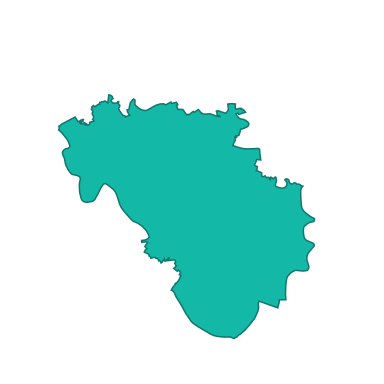 outline of Dong Hung, Thái Bình, Vietnam, rotated 43°
{"feature_id": "81297802B28789600266311", "entity_name": "Dong Hung", "entity_type": "district", "adm_level": 2, "iso_a3": "VNM", "parent_name": "Vietnam", "parent_adm1": "Thái Bình", "projection": "orthographic", "projection_center": [106.332, 20.548], "detail": "fine", "context": "isolated", "style": "filled", "palette": "teal", "viewbox_px": 384, "rotation_deg": 43, "n_neighbors": 0, "source": "geoboundaries", "source_scale": "gbopen_adm2", "svg_char_len": 6012}
<svg xmlns="http://www.w3.org/2000/svg" viewBox="0 0 384 384"><g transform="rotate(43 192 192)"><path d="M327.8,166.5L322.6,163.5L321.9,162.9L320.7,161.7L319.3,159.4L318.8,157.4L318.5,155.5L318.2,148.8L317.9,147.8L317.5,147.4L316.6,146.9L315.7,146.8L309.6,149.0L308.4,149.3L306.1,149.2L304.6,148.4L301.5,146.0L299.6,144.1L298.0,142.0L297.8,141.4L297.6,140.2L298.1,135.9L299.2,133.4L301.2,130.6L300.6,128.9L300.1,128.2L299.3,128.0L296.9,128.8L294.8,129.2L289.7,129.8L286.2,129.7L283.9,129.1L282.4,128.2L280.1,126.3L274.2,120.7L270.6,116.9L269.8,115.6L269.2,114.1L269.1,112.1L266.9,113.1L266.1,112.8L264.1,113.8L263.3,114.9L261.7,114.7L260.3,115.7L260.1,117.4L259.7,117.9L258.4,118.7L257.0,118.6L254.5,117.2L253.1,117.3L252.0,118.1L251.5,118.9L251.6,119.7L252.0,119.9L253.6,120.0L254.8,120.3L255.8,121.1L256.4,121.9L256.9,123.2L256.9,124.9L256.4,126.4L255.6,127.5L253.6,128.9L249.9,130.7L249.2,130.7L248.3,130.1L247.3,128.7L246.4,126.5L245.2,125.4L243.7,124.3L242.8,124.1L242.6,124.3L242.4,127.0L240.1,127.1L239.3,127.6L239.5,128.0L240.8,129.5L240.3,129.9L239.4,129.1L238.5,129.0L237.6,129.3L236.5,130.8L235.9,130.8L234.5,130.3L233.4,132.6L232.1,132.7L229.9,130.5L227.3,131.2L224.5,132.5L224.0,130.9L223.2,130.1L222.4,128.8L220.6,129.7L219.2,129.7L218.5,126.9L217.1,124.2L220.4,121.7L213.4,115.8L212.3,114.6L211.0,114.9L210.5,115.2L203.7,122.2L199.8,125.4L194.6,128.2L190.1,130.1L189.0,127.1L188.5,124.9L187.5,123.8L186.3,123.2L186.0,122.6L187.3,122.0L187.3,121.4L187.1,121.1L186.6,121.0L186.0,121.3L185.8,120.9L186.9,119.8L187.5,118.9L187.6,118.3L186.8,117.0L186.8,116.4L184.7,112.9L186.0,111.2L187.8,107.2L188.0,105.1L187.7,104.2L187.3,103.6L186.1,102.9L184.2,102.8L182.1,103.1L180.4,103.7L177.7,105.3L176.5,105.8L175.6,105.9L172.5,105.5L170.8,104.9L171.7,103.1L173.3,103.4L176.8,97.2L175.3,97.0L174.5,96.7L174.1,97.2L173.0,96.9L172.5,97.5L171.3,97.0L170.5,98.1L170.0,98.0L168.1,101.1L167.0,101.6L166.7,101.5L163.7,98.0L160.4,100.7L158.2,103.3L162.3,106.7L162.8,108.0L163.0,111.4L155.2,115.0L154.7,116.2L154.9,116.6L156.0,116.9L156.9,117.6L158.0,118.9L158.3,118.8L160.2,117.5L161.0,117.9L157.7,120.1L154.5,121.3L151.7,122.6L148.2,126.4L146.9,127.3L145.6,127.7L144.6,127.8L140.3,127.4L139.4,132.1L138.0,132.1L137.4,135.2L137.2,137.6L136.0,137.9L135.6,139.2L129.0,137.9L125.2,141.2L121.6,139.3L122.2,138.2L122.0,137.8L119.4,137.1L116.9,140.9L116.6,141.0L115.3,140.5L113.2,146.5L111.9,146.5L110.9,147.0L108.7,149.3L106.5,153.0L103.4,162.6L102.5,164.0L101.1,165.2L99.1,166.2L97.6,166.6L95.2,167.1L92.4,167.2L90.9,167.0L90.2,166.6L87.6,163.6L85.9,163.8L85.7,165.0L86.0,168.7L88.0,172.3L89.4,174.3L89.4,175.3L88.5,176.0L89.0,176.7L90.3,177.4L92.9,178.2L94.0,178.3L92.1,182.6L90.7,182.0L89.4,183.0L88.6,183.0L84.6,182.1L83.3,182.0L82.7,181.4L81.7,181.4L81.2,180.9L80.9,179.0L80.3,178.1L80.0,177.8L78.4,177.8L77.6,177.1L76.7,175.9L76.2,176.5L76.2,177.1L76.7,177.9L73.8,180.7L73.2,180.9L70.9,180.7L70.6,180.5L70.2,179.9L69.9,179.1L70.6,177.5L69.3,177.2L68.6,176.5L67.4,176.6L65.6,177.2L64.9,177.7L68.3,182.4L69.2,183.4L69.6,184.2L66.5,184.7L65.9,185.1L65.5,186.7L64.4,187.6L64.4,188.4L63.4,189.3L63.9,190.5L64.5,190.9L63.7,191.9L62.8,195.9L61.0,195.9L60.7,198.3L62.1,199.1L61.9,200.1L65.1,200.8L65.0,202.0L65.9,203.1L66.4,203.4L67.8,203.5L68.3,203.9L69.7,205.3L69.8,206.7L71.1,206.6L71.6,206.7L71.8,207.0L71.9,207.4L71.2,208.4L70.3,209.2L70.5,209.9L69.8,210.5L69.8,211.0L70.7,212.4L70.8,213.1L70.7,213.6L70.3,214.2L68.7,214.1L68.0,214.2L68.0,214.6L68.5,215.5L68.4,215.7L68.1,215.9L66.8,215.3L66.6,215.0L66.5,214.5L66.1,214.5L65.6,215.5L65.8,216.7L64.9,217.2L64.5,218.0L63.0,218.0L62.4,217.8L62.9,217.1L62.9,216.5L63.7,216.5L63.8,216.2L63.6,215.5L64.0,214.6L63.9,214.3L63.3,214.0L63.1,213.1L62.5,213.5L62.2,214.6L61.7,215.2L61.7,215.9L61.5,216.6L60.4,218.3L55.4,216.9L50.3,231.5L50.1,234.2L49.8,234.8L51.4,235.8L52.2,237.6L54.5,237.4L55.8,237.4L64.9,238.7L67.2,239.5L70.9,241.4L71.7,242.3L71.8,243.0L71.5,244.7L70.5,246.0L69.7,247.8L69.6,249.4L70.1,251.2L71.2,252.3L73.2,253.4L76.2,254.7L79.9,257.5L82.1,258.7L86.7,260.3L89.5,260.9L91.4,261.0L92.1,260.9L93.3,260.3L95.9,258.7L97.9,257.8L99.3,257.6L101.0,258.2L101.8,259.1L103.4,262.0L105.6,264.5L109.1,268.0L111.3,269.7L115.1,272.2L117.1,273.0L119.1,273.0L121.6,271.7L123.2,270.1L125.1,267.4L125.8,266.2L126.1,264.7L126.1,263.7L125.5,261.9L124.9,258.8L122.6,251.4L121.9,247.1L122.2,246.0L122.6,245.4L123.1,244.9L124.8,244.4L132.5,243.7L135.8,244.2L139.0,245.5L147.4,250.2L149.5,251.1L151.2,251.7L155.5,252.5L165.5,253.5L168.1,253.6L169.4,253.4L172.8,252.0L174.5,251.6L179.4,251.0L184.6,251.4L189.0,252.7L190.8,253.7L191.3,254.5L191.6,255.5L191.1,257.8L190.4,259.1L188.2,261.8L189.6,263.1L192.7,259.3L194.0,259.3L194.2,262.0L194.7,264.0L197.7,264.4L197.4,266.5L198.2,268.6L200.4,267.7L202.3,267.1L203.5,267.2L204.2,268.1L205.1,267.8L205.9,267.8L207.0,268.5L207.5,267.7L207.8,267.7L208.1,266.6L208.3,266.2L209.7,265.1L210.9,265.2L211.4,264.7L212.2,264.3L213.7,264.4L214.5,265.1L215.1,264.4L216.6,264.5L217.8,265.0L218.0,263.7L217.5,259.9L218.7,261.0L219.2,261.0L219.8,260.6L219.8,255.9L220.5,255.8L220.6,256.0L220.7,259.1L221.2,258.7L223.2,256.1L225.7,253.4L228.1,254.6L227.8,255.8L231.0,257.0L230.7,260.4L235.2,260.0L235.2,258.5L238.5,258.6L239.1,261.1L240.7,260.6L241.7,263.1L242.6,266.0L242.7,269.8L242.3,269.9L242.3,270.7L242.8,270.7L242.8,271.0L242.9,274.8L243.8,278.0L245.3,277.5L247.3,277.5L251.5,279.4L261.8,282.2L269.7,284.9L279.2,287.1L280.9,287.3L282.4,287.3L289.1,286.2L301.5,283.5L305.7,282.2L309.0,280.3L314.2,276.4L318.2,272.5L320.0,271.5L322.7,270.5L323.1,268.7L323.7,267.2L323.7,264.5L324.5,262.3L324.4,261.3L324.9,257.2L324.8,250.7L324.0,242.0L323.2,239.3L321.7,234.8L320.7,232.8L319.7,231.3L318.7,230.2L317.1,229.1L315.5,226.4L316.2,225.8L333.8,218.2L332.4,216.0L331.8,214.5L329.5,211.2L334.2,206.8L330.1,203.0L326.3,198.7L323.3,195.0L320.0,190.3L319.4,187.9L319.3,185.5L319.4,183.5L320.4,180.2L321.1,178.8L322.1,177.9L327.2,174.0L329.3,171.5L329.8,170.5L329.7,169.0L329.0,167.6L327.8,166.5Z" fill="#14b8a6" stroke="#0f766e" stroke-width="1.5"/></g></svg>